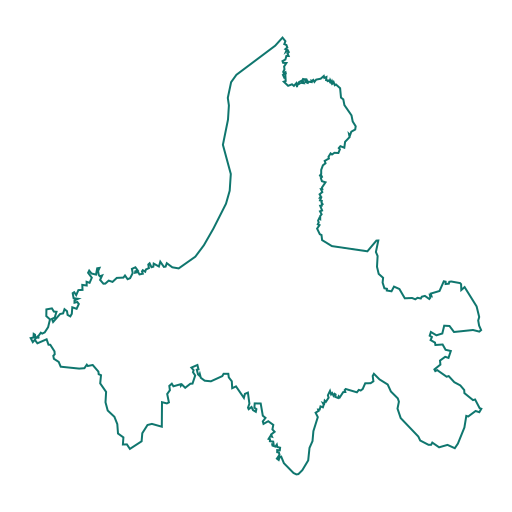 Phon Phisai, Nong Khai, Thailand (Equal Earth projection)
{"feature_id": "78962969B13361717862760", "entity_name": "Phon Phisai", "entity_type": "district", "adm_level": 2, "iso_a3": "THA", "parent_name": "Thailand", "parent_adm1": "Nong Khai", "projection": "equal_earth", "projection_center": [103.15, 17.983], "detail": "fine", "context": "isolated", "style": "outline", "palette": "teal", "viewbox_px": 512, "rotation_deg": 0, "n_neighbors": 0, "source": "geoboundaries", "source_scale": "gbopen_adm2", "svg_char_len": 5973}
<svg xmlns="http://www.w3.org/2000/svg" viewBox="0 0 512 512"><path d="M481.3,408.8L479.6,408.1L475.1,399.5L473.0,400.1L464.4,393.1L464.2,390.0L460.3,385.4L454.3,382.2L448.7,376.1L446.6,376.7L437.2,370.1L435.3,371.1L434.4,369.4L440.4,364.6L440.0,360.6L445.2,356.8L448.5,357.9L450.8,351.0L445.6,349.8L442.6,344.5L435.4,345.0L435.0,342.6L430.6,340.1L431.9,337.0L429.7,335.7L430.9,332.0L436.4,335.3L442.3,333.5L444.2,325.7L449.5,326.0L454.0,332.0L473.0,330.0L479.3,331.6L481.1,330.1L479.1,325.6L478.2,320.5L479.2,317.0L476.6,306.4L464.6,287.1L461.3,290.0L461.1,284.2L460.1,283.1L451.2,281.5L449.3,281.8L448.8,283.7L445.6,284.0L445.6,281.7L443.8,281.3L439.5,291.0L430.7,293.6L431.4,295.9L429.9,295.2L430.4,297.6L429.3,299.0L424.9,295.9L421.8,296.7L420.8,298.5L417.5,297.8L415.3,299.3L412.1,298.0L404.8,298.3L399.4,289.0L394.0,286.6L391.5,291.3L386.8,290.5L386.9,288.8L384.4,288.3L382.6,282.6L383.1,277.8L378.7,273.9L377.0,266.8L377.6,256.0L375.9,252.0L378.3,240.5L376.4,240.6L367.4,251.3L331.9,246.1L322.1,240.1L321.5,235.0L319.8,234.2L317.1,228.6L319.5,225.1L317.8,224.3L318.7,222.5L318.1,220.6L319.3,218.1L320.2,218.9L320.2,216.0L321.6,214.3L320.0,211.3L322.1,210.5L320.2,205.8L321.7,205.7L321.8,203.8L323.1,204.9L321.5,202.5L321.8,200.9L320.0,200.4L321.1,197.7L319.9,197.7L320.8,196.4L319.6,194.3L322.3,192.1L320.9,189.1L322.3,189.1L321.9,187.6L325.5,182.3L321.9,181.2L320.8,178.0L322.0,176.9L321.2,175.3L319.5,176.2L321.2,173.8L321.2,169.9L322.9,165.3L325.5,163.3L324.7,160.9L328.9,158.5L328.5,156.8L330.6,153.4L332.0,154.5L334.4,152.8L338.4,153.0L339.9,149.3L338.8,148.1L340.4,146.2L344.3,147.7L345.1,141.8L349.6,137.1L349.0,134.0L350.1,135.1L351.3,131.7L355.2,129.5L355.7,126.3L352.7,121.5L351.5,115.4L344.4,105.1L343.3,99.4L341.0,97.6L340.1,88.2L336.0,84.5L334.8,85.2L333.6,82.0L332.8,83.2L332.1,81.4L331.6,83.0L330.2,80.1L329.8,81.8L328.9,80.5L327.0,81.5L327.8,80.4L326.1,80.1L326.4,77.0L324.3,77.9L323.8,76.0L320.7,78.7L316.2,79.6L314.4,81.9L313.3,79.9L312.3,80.6L313.1,81.4L311.4,80.7L311.6,82.1L308.6,81.7L307.8,83.0L305.9,82.2L307.1,80.6L306.6,79.6L305.3,80.9L304.9,79.2L303.2,79.6L303.4,78.2L302.5,80.3L303.8,83.2L301.5,82.9L301.2,80.9L299.0,82.1L298.4,83.0L299.5,83.6L297.0,85.2L297.1,87.2L296.3,83.2L293.9,85.9L292.0,84.3L288.1,85.8L283.8,81.7L285.7,81.0L285.4,76.1L284.2,77.5L283.0,74.9L285.8,73.5L285.5,72.2L283.8,73.3L283.2,71.9L284.5,69.3L284.1,66.5L286.4,63.0L283.1,62.8L282.5,61.1L285.4,59.5L286.4,55.9L288.6,56.0L287.5,53.4L288.8,52.1L287.8,50.3L285.9,51.8L286.7,49.8L285.4,49.1L287.3,47.5L286.4,45.0L284.3,44.1L285.4,41.2L282.5,37.6L275.2,45.7L236.4,74.8L231.1,82.2L227.8,97.9L228.9,105.4L228.0,119.6L222.9,144.8L230.8,174.0L229.7,190.7L226.0,203.7L213.4,228.6L203.9,245.2L195.3,256.7L178.7,268.4L172.3,267.3L166.8,263.2L165.6,266.6L163.9,266.9L160.3,261.7L158.9,266.5L153.7,263.6L153.3,266.7L151.5,267.2L149.6,263.3L148.3,264.5L148.9,268.1L145.9,269.5L145.2,271.7L142.8,270.2L142.0,271.4L142.8,273.7L139.5,274.4L138.1,272.1L135.1,272.7L135.3,271.3L137.8,270.6L135.4,267.3L131.9,268.9L132.7,273.1L130.1,278.2L127.6,279.2L125.0,275.5L123.4,277.6L116.8,277.9L112.5,281.9L108.7,280.6L105.3,283.6L103.4,283.7L100.1,279.9L102.1,275.5L99.8,276.3L98.7,274.8L98.1,271.0L99.5,267.9L97.2,268.3L96.0,274.6L91.5,273.5L89.2,270.6L88.1,272.8L91.8,277.7L89.6,282.8L86.6,281.8L86.7,285.5L82.3,284.9L82.5,289.9L78.4,290.1L76.2,295.1L74.2,292.2L72.7,293.2L73.6,298.2L78.1,298.8L74.5,300.4L74.5,302.7L77.3,302.0L78.8,304.0L76.6,308.8L72.3,307.3L71.8,313.8L70.3,316.4L67.6,314.9L67.0,311.2L64.5,309.2L63.1,313.4L60.1,314.0L53.1,322.0L51.9,318.9L54.7,317.6L56.5,311.8L53.9,311.6L51.9,308.4L46.4,309.4L46.3,316.1L50.0,319.4L48.1,327.2L44.7,332.4L42.2,333.6L40.8,332.7L38.3,336.2L38.6,338.4L37.4,336.7L35.4,338.8L35.0,334.7L33.7,333.9L33.5,337.5L30.7,338.1L32.8,342.1L34.8,339.8L37.4,343.3L46.6,339.3L48.5,344.7L50.3,344.8L54.5,351.4L54.7,354.3L53.3,355.8L53.9,358.8L58.7,361.9L60.7,366.7L79.2,368.6L84.4,368.2L86.8,364.7L87.8,366.0L92.7,365.0L98.4,371.6L98.7,374.2L101.0,375.2L100.2,383.4L106.1,391.9L105.5,402.3L107.7,410.5L114.4,416.8L117.3,424.1L118.0,433.5L123.4,437.4L122.9,444.5L126.9,444.4L129.9,448.9L141.6,441.3L142.3,433.2L147.5,425.0L151.9,423.9L161.8,426.7L162.0,402.2L166.9,403.4L168.9,402.4L167.2,394.0L169.9,390.2L169.3,385.9L171.8,383.7L173.4,386.3L180.4,384.3L180.8,385.8L181.8,384.4L185.2,387.8L190.4,383.7L192.5,383.6L195.2,375.5L193.0,372.2L193.6,370.2L191.4,367.6L197.4,365.0L198.5,369.3L196.8,369.7L198.0,374.4L199.2,375.5L199.8,373.9L200.8,377.8L204.7,380.7L210.9,381.3L222.3,376.1L223.6,373.8L228.3,373.8L228.8,377.4L231.8,381.3L232.2,388.2L236.0,386.4L243.9,397.9L244.9,393.9L247.9,392.6L249.4,403.7L248.0,407.7L248.7,409.2L251.5,407.0L253.0,410.1L255.8,411.8L256.4,409.1L254.4,407.7L254.7,403.4L260.7,403.5L262.8,415.7L265.5,417.9L262.8,421.4L263.5,423.9L268.2,421.2L273.3,424.9L272.4,429.4L274.6,431.8L271.1,434.5L272.0,436.7L270.3,436.2L268.6,438.9L270.0,439.3L269.9,441.2L273.2,441.6L273.6,444.3L272.2,444.3L272.5,445.6L275.4,446.6L276.8,444.6L277.3,447.0L280.1,447.7L279.8,450.3L277.2,450.1L277.2,452.2L278.9,452.5L279.5,454.8L276.9,458.6L278.7,460.0L279.7,457.1L281.2,456.6L283.9,463.2L293.5,473.0L296.4,474.4L298.4,474.1L302.3,470.2L308.2,460.4L309.5,447.9L312.5,441.1L313.4,431.1L317.8,417.1L315.6,412.7L318.6,410.9L318.1,409.5L319.7,409.5L320.5,406.4L322.9,407.3L323.7,404.7L322.9,403.1L324.2,403.7L324.7,400.6L325.9,401.8L328.6,397.7L327.9,395.3L330.0,390.9L331.1,394.4L332.2,393.1L333.5,395.7L334.6,393.8L335.6,394.5L335.3,396.9L338.1,398.0L338.7,396.3L339.7,397.5L343.2,392.1L345.3,392.0L344.7,390.1L345.7,389.0L356.9,392.3L358.8,389.9L360.7,390.5L362.7,389.0L365.2,383.3L370.6,383.2L373.4,381.3L372.7,376.0L373.9,373.8L379.5,379.4L387.7,384.5L390.9,391.5L397.8,398.4L398.9,401.7L397.5,408.6L400.7,418.1L418.3,436.5L420.2,440.5L428.5,444.8L431.1,444.8L432.3,442.6L439.1,447.3L447.5,444.9L454.8,448.2L457.9,443.6L464.4,427.5L466.3,415.9L468.2,416.5L475.6,411.0L479.3,412.2L481.3,408.8Z" fill="none" stroke="#0f766e" stroke-width="2"/></svg>